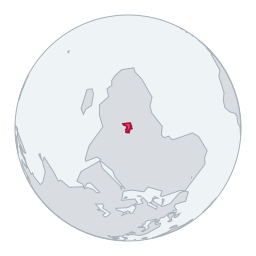 the Earth from above Maniema, rotated 173°
{"feature_id": "COD-1895", "entity_name": "Maniema", "entity_type": "Province", "adm_level": 1, "iso_a3": "COD", "parent_name": "Democratic Republic of the Congo", "parent_adm1": "", "projection": "orthographic", "projection_center": [26.456, -2.545], "detail": "fine", "context": "on_globe", "style": "filled", "palette": "rose", "viewbox_px": 256, "rotation_deg": 173, "n_neighbors": 0, "source": "natural_earth", "source_scale": "10m", "svg_char_len": 7296}
<svg xmlns="http://www.w3.org/2000/svg" viewBox="0 0 256 256"><g transform="rotate(173 128 128)"><circle cx="128" cy="128" r="113" fill="#eef3f6" stroke="#a8b0b8"/><path d="M64.2,35.2L61.3,37.4L59.5,38.7L56.1,41.3L64.2,35.2ZM50.8,46.0L51.3,45.5L49.8,46.9L49.1,47.6L50.8,46.0ZM17.3,107.1L17.4,106.9L17.1,108.5L16.7,115.7L18.2,118.7L18.6,123.4L18.2,126.5L19.2,127.2L19.2,129.1L24.9,131.6L29.3,136.4L30.1,143.2L28.4,151.4L31.5,168.3L29.7,174.1L32.4,180.9L36.4,190.9L34.9,190.4L38.6,195.1L40.4,198.1L40.3,198.5L43.0,201.8L43.1,202.0L45.0,204.1L47.9,207.2L42.3,201.1L37.1,194.5L32.4,187.5L28.2,180.3L24.6,172.7L21.6,164.9L19.1,156.9L17.3,148.7L16.0,140.4L15.4,132.1L15.4,123.7L16.1,115.4L17.3,107.1ZM52.0,211.1L52.9,211.9L53.5,212.5L52.0,211.1ZM61.3,218.8L62.9,219.9L64.1,220.8L61.3,218.8ZM58.5,216.4L57.5,215.3L58.3,215.8L59.1,216.7L58.5,216.4ZM231.9,84.6L232.4,86.5L233.0,88.4L231.6,85.7L232.2,89.1L236.7,101.3L237.4,104.6L237.2,110.2L236.8,107.6L233.1,100.5L234.2,108.5L237.0,116.0L238.1,124.4L236.6,121.3L235.4,113.9L234.1,111.2L233.2,104.2L229.7,93.7L228.2,95.1L227.1,91.0L222.1,82.5L219.2,84.5L215.5,94.3L217.0,104.8L214.8,109.3L207.3,93.7L203.7,83.8L201.1,84.5L193.3,76.2L180.2,75.3L178.2,72.8L175.7,73.9L170.2,71.4L167.1,67.5L163.8,67.7L172.0,78.1L175.6,78.0L178.3,74.1L180.0,77.9L185.3,81.4L179.9,90.5L160.2,98.7L158.1,90.9L142.1,70.7L142.5,68.5L142.4,68.3L142.2,67.8L141.0,71.4L138.2,67.7L146.9,81.3L148.4,87.4L159.9,99.2L158.9,100.4L162.5,102.9L174.0,100.1L174.1,102.8L168.8,115.1L152.8,132.3L154.8,144.3L153.5,154.5L143.4,161.4L144.1,169.5L138.8,172.4L138.4,177.0L134.1,181.9L126.9,186.7L114.9,187.0L114.3,182.9L108.4,174.9L100.4,155.7L103.6,146.7L102.5,139.9L93.8,125.4L95.8,117.2L93.4,113.9L88.6,115.0L85.8,111.1L82.9,111.2L64.5,115.3L58.9,110.7L52.2,95.9L55.5,89.5L56.1,82.7L79.0,58.8L83.9,59.6L101.9,55.9L104.1,56.6L102.0,61.4L115.5,67.0L119.9,62.8L132.1,66.0L140.3,65.8L143.2,56.9L129.9,56.8L127.6,52.6L138.3,49.0L150.0,49.8L149.4,48.2L142.1,44.6L144.8,42.0L139.5,43.3L141.6,44.8L138.4,45.8L136.3,44.5L137.3,43.5L133.8,42.8L129.8,48.2L131.5,50.3L122.3,51.5L124.2,55.3L121.7,57.2L117.4,51.5L117.9,49.4L109.9,44.0L108.6,46.2L116.1,51.6L113.7,51.3L112.0,54.9L111.5,51.8L103.7,45.9L95.4,47.8L84.8,57.3L79.9,58.5L75.9,57.2L79.8,48.3L90.2,46.6L91.7,44.0L89.6,40.7L93.0,40.6L93.4,39.2L97.3,38.7L102.9,35.2L106.9,34.7L109.2,30.9L111.5,30.3L109.5,32.6L110.3,34.1L120.2,33.6L122.2,32.8L122.8,30.5L125.5,30.9L124.9,28.8L130.6,28.0L123.1,27.4L123.6,25.3L127.1,23.8L126.0,23.2L120.3,25.7L119.2,26.9L120.5,28.0L116.5,31.9L113.0,32.7L112.1,28.6L107.2,29.5L108.6,26.5L123.1,20.7L129.1,19.9L138.9,22.2L137.5,23.2L133.2,22.7L137.1,24.8L136.8,23.8L139.0,24.3L140.1,22.9L141.7,23.2L140.0,21.5L142.1,21.7L143.2,22.8L146.6,21.4L151.0,21.9L151.0,21.5L149.8,20.9L156.2,22.2L155.9,21.9L153.7,21.3L151.7,20.3L150.6,19.3L152.9,19.8L153.6,20.2L158.4,22.1L159.9,23.5L160.7,23.7L160.0,22.6L154.1,20.2L152.8,19.5L155.8,20.5L154.6,20.0L154.7,19.9L156.9,20.2L153.7,19.2L151.5,17.8L159.7,19.9L167.6,22.6L175.3,25.8L182.8,29.6L189.9,33.9L196.7,38.7L203.1,44.1L209.1,49.9L214.7,56.1L219.8,62.7L224.4,69.7L228.4,77.0L231.9,84.6ZM71.2,70.1L70.6,72.1L71.2,70.1ZM162.5,55.7L169.4,56.4L165.9,51.0L168.3,50.9L166.3,49.2L165.7,50.6L160.6,46.2L163.5,44.9L162.5,42.8L160.1,42.5L155.7,45.6L162.9,51.8L161.4,53.9L162.5,55.7ZM17.4,106.8L17.2,108.0L17.4,106.8ZM54.5,43.1L52.0,45.5L53.3,44.2L51.8,45.4L52.7,44.3L58.7,39.4L55.8,41.7L54.5,43.1ZM92.0,33.3L93.3,33.9L91.7,35.4L86.7,37.1L88.8,34.7L92.0,33.3ZM95.5,34.4L96.0,30.5L99.2,29.6L97.3,30.7L99.3,30.5L96.9,32.3L99.4,35.7L98.2,37.4L89.5,38.9L93.0,37.3L91.5,36.7L95.5,34.4ZM91.7,25.1L92.0,24.2L98.5,23.3L97.5,24.3L92.4,25.7L90.6,25.5L91.7,25.1ZM112.5,16.4L113.1,16.4L115.5,16.1L117.0,15.9L117.5,15.9L115.0,16.2L117.3,16.2L114.1,16.5L114.5,16.5L112.2,17.0L110.1,17.6L108.6,17.7L108.4,17.9L106.9,18.4L106.1,18.7L103.2,19.3L102.1,19.9L101.3,19.8L100.2,20.7L99.7,20.3L97.6,21.1L99.2,21.1L85.2,24.8L79.7,27.2L75.3,29.6L75.1,29.1L79.0,26.7L84.9,23.9L90.3,21.9L89.2,22.3L91.5,21.5L91.4,21.5L92.9,21.0L94.7,20.4L95.4,20.2L103.9,18.0L112.5,16.4ZM106.7,54.7L108.5,54.8L111.2,54.5L110.2,56.9L106.7,54.7ZM101.3,50.7L102.9,50.3L102.8,53.2L101.0,53.2L101.3,50.7ZM103.8,47.7L103.0,50.0L102.4,48.8L103.8,47.7ZM111.0,32.2L112.7,31.9L112.9,32.4L111.9,33.3L111.0,32.2ZM123.8,17.3L122.6,17.1L123.1,17.0L122.4,16.4L124.8,16.3L126.2,16.6L123.8,17.3ZM140.9,58.4L138.5,60.1L137.3,59.2L138.4,58.8L140.9,58.4ZM123.6,58.3L127.5,59.4L123.3,58.9L123.6,58.3ZM126.3,17.1L125.7,16.8L127.3,16.9L126.3,17.1ZM126.5,16.2L128.3,16.3L125.0,16.2L126.5,16.2ZM178.3,210.0L178.4,211.5L176.9,211.5L178.3,210.0ZM172.2,153.1L164.0,171.2L158.8,171.2L158.2,165.8L161.4,154.9L167.5,151.8L170.6,147.0L172.2,153.1ZM239.2,145.7L239.3,145.3L239.2,145.7ZM239.4,144.3L238.5,142.5L237.7,140.5L238.2,138.7L239.4,140.2L239.4,144.3ZM238.1,138.6L236.6,132.2L232.6,115.5L234.1,116.1L237.9,126.7L237.7,128.3L238.6,133.1L238.1,138.6ZM240.6,131.3L240.4,135.8L240.1,134.4L239.8,133.2L239.7,126.5L239.8,123.5L240.1,123.9L240.0,116.0L240.6,131.3ZM217.4,105.9L219.9,112.5L218.5,113.4L217.4,105.9ZM234.1,91.5L233.8,91.6L233.3,90.0L233.3,88.9L234.1,91.5ZM145.8,17.8L144.2,18.5L144.5,19.4L147.2,20.4L142.7,19.6L142.1,18.1L145.8,17.8ZM150.4,17.6L150.5,17.7L148.2,17.2L148.6,17.3L150.4,17.6ZM148.8,17.3L145.1,16.7L144.0,16.5L147.2,17.0L148.8,17.3ZM135.7,16.2L135.0,16.4L133.8,16.2L135.7,16.2ZM220.2,192.7L220.2,192.8L221.1,191.1L223.3,187.9L229.0,177.3L228.9,177.7L232.0,170.8L233.1,168.5L229.5,176.9L225.1,185.0L220.2,192.7Z" fill="#d9dde1" stroke="#a8b0b8" stroke-width="1"/><path d="M124.6,127.8L124.5,127.7L124.3,127.4L124.1,127.1L124.1,126.8L124.8,126.8L125.1,126.8L125.3,126.9L125.3,127.0L125.2,127.1L125.3,127.1L125.5,127.1L125.8,127.1L126.1,126.7L126.3,126.6L126.5,126.7L126.8,126.6L126.8,126.4L126.8,126.2L126.8,125.8L126.8,125.7L126.9,125.8L127.0,125.9L127.2,125.7L127.3,125.6L127.2,125.5L127.3,125.5L127.3,125.4L127.4,125.2L127.4,124.9L127.6,124.8L127.7,124.7L127.6,124.2L127.9,124.0L127.9,123.9L127.6,123.6L127.4,123.4L127.4,123.2L127.5,123.2L127.6,123.3L127.8,123.5L128.0,123.7L128.3,123.7L128.5,123.6L128.8,123.5L128.7,123.4L128.8,123.4L128.9,123.5L129.0,123.5L129.3,123.8L129.5,123.9L129.8,124.0L130.0,123.9L130.0,124.0L130.4,124.1L130.5,124.1L130.7,124.3L130.7,124.5L130.4,124.8L130.2,124.8L129.9,124.8L129.7,124.9L129.6,125.0L129.7,125.3L129.5,125.5L130.0,126.0L130.3,126.3L130.4,126.5L130.5,126.6L130.5,126.8L129.9,127.0L129.7,127.3L129.4,127.4L129.2,127.3L129.1,127.2L128.9,127.2L128.8,127.3L128.7,127.5L128.7,127.8L128.9,128.3L128.9,128.5L129.0,128.6L129.2,128.8L129.2,129.0L129.3,129.1L129.3,129.3L129.3,129.5L129.2,129.5L129.3,129.6L129.3,129.8L129.2,130.3L129.3,130.4L129.3,130.5L129.5,130.6L129.9,130.8L130.0,130.8L130.4,130.8L130.5,130.8L130.7,131.0L130.8,131.0L131.0,131.1L131.2,131.3L131.2,131.2L131.3,131.2L131.5,131.2L131.6,131.3L131.9,131.5L132.0,131.6L132.2,132.1L132.3,132.2L132.5,132.6L132.6,132.8L125.4,132.8L125.2,132.6L125.1,132.4L124.9,132.2L125.0,132.0L125.0,131.9L125.2,131.7L125.2,131.4L125.1,131.2L125.1,130.9L124.9,130.9L124.9,130.7L124.7,130.5L124.6,130.4L124.7,130.2L124.7,129.9L124.8,129.9L124.7,129.8L124.8,129.8L124.8,129.7L125.0,129.6L124.9,129.4L125.0,129.4L125.2,129.2L125.2,128.9L125.3,128.7L125.4,128.4L125.3,128.2L125.3,127.8L124.6,127.8Z" fill="#f43f5e" stroke="#9f1239" stroke-width="1.5"/></g></svg>